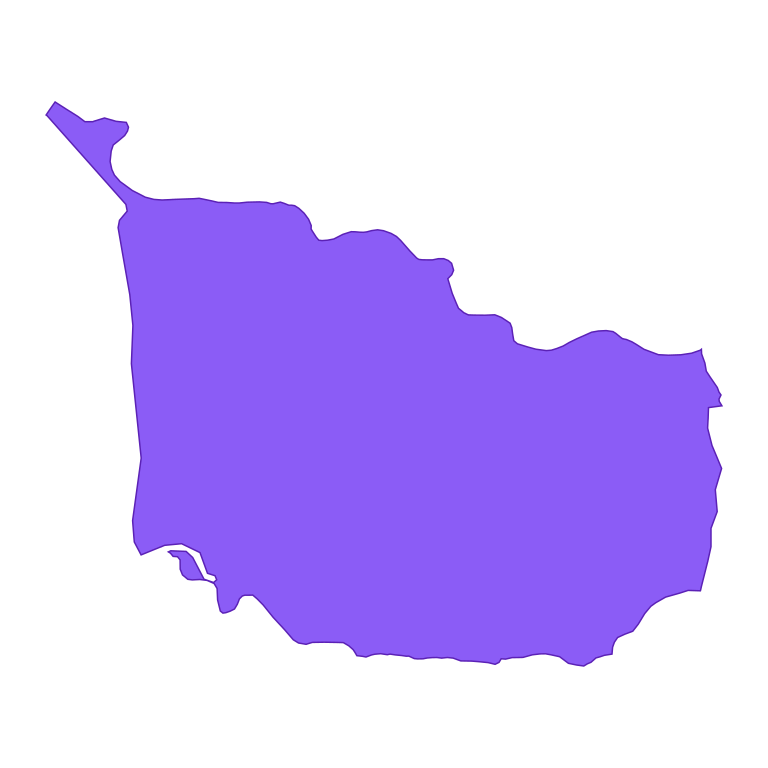 the district of Jablah, Lattakia, Syria
{"feature_id": "27442178B5090378365720", "entity_name": "Jablah", "entity_type": "district", "adm_level": 2, "iso_a3": "SYR", "parent_name": "Syria", "parent_adm1": "Lattakia", "projection": "robinson", "projection_center": [36.065, 35.345], "detail": "fine", "context": "isolated", "style": "filled", "palette": "violet", "viewbox_px": 768, "rotation_deg": 0, "n_neighbors": 0, "source": "geoboundaries", "source_scale": "gbopen_adm2", "svg_char_len": 3648}
<svg xmlns="http://www.w3.org/2000/svg" viewBox="0 0 768 768"><path d="M701.4,349.3L700.3,350.2L691.6,353.2L680.7,354.8L668.4,355.2L658.4,354.7L644.0,349.3L636.3,344.4L631.9,341.8L626.4,339.5L624.4,339.1L622.4,338.6L620.1,336.9L615.7,333.3L613.6,332.0L613.0,331.6L606.2,330.6L598.4,331.0L591.6,332.2L577.0,338.7L569.2,342.5L563.2,346.0L556.8,348.5L551.3,350.2L546.3,350.6L535.9,349.2L527.8,347.0L522.6,345.4L517.4,343.8L513.8,340.7L513.0,336.1L512.6,333.7L511.8,327.6L510.1,323.2L501.5,317.5L498.4,316.2L494.8,314.8L485.2,315.2L474.3,315.1L468.4,314.9L466.6,314.1L465.3,313.4L463.9,312.8L461.7,310.9L458.5,308.3L456.1,302.8L452.2,293.3L447.8,278.7L451.8,274.6L453.6,270.2L451.6,263.3L448.3,260.5L443.8,258.7L438.4,258.7L432.4,259.9L428.3,259.9L422.4,259.8L418.8,259.4L416.6,258.0L409.9,251.0L400.6,240.4L396.5,236.5L391.1,233.4L383.5,230.7L377.6,229.8L371.7,230.6L366.7,231.9L363.5,232.3L359.8,232.2L355.3,231.8L351.2,231.7L343.0,234.3L333.8,239.0L327.5,240.2L322.0,240.6L318.8,240.2L316.2,237.1L312.4,231.2L311.1,229.0L311.2,225.5L308.6,219.3L304.1,213.2L298.8,208.3L294.7,205.7L291.6,205.2L288.8,205.2L284.3,203.4L280.3,202.1L273.0,203.8L270.7,203.7L266.7,202.4L259.4,201.9L247.1,202.2L239.4,203.0L234.4,203.0L226.7,202.5L218.1,202.4L212.2,201.0L203.6,199.2L199.1,198.3L194.1,198.7L174.6,199.4L172.9,199.5L172.2,199.5L171.2,199.6L169.0,199.7L162.1,200.0L153.9,199.4L145.3,197.2L132.3,190.5L120.8,182.1L120.2,181.7L114.4,175.1L111.8,169.4L110.1,161.5L111.2,151.1L113.2,145.0L118.7,140.6L124.7,135.5L127.5,131.1L128.5,127.2L126.3,122.4L116.0,121.3L104.5,118.0L94.0,121.2L92.9,121.7L88.9,121.7L84.9,121.7L78.5,116.9L77.5,116.2L66.5,109.3L55.1,102.0L53.1,104.8L49.6,109.8L46.1,115.0L47.1,115.7L125.9,204.4L127.2,211.1L119.5,220.3L118.1,227.6L122.5,253.1L129.8,294.7L132.9,325.5L131.4,363.7L141.2,458.1L132.6,520.6L134.0,538.5L134.3,542.0L141.1,554.9L154.8,549.3L164.7,545.3L181.6,543.7L200.0,552.6L207.5,573.3L215.0,575.7L216.7,579.8L213.6,582.5L204.0,579.2L192.7,557.5L186.1,551.4L170.7,550.8L168.4,551.9L170.5,553.2L173.1,556.4L177.5,556.7L180.1,559.9L180.2,568.3L180.2,569.2L182.5,574.9L187.8,579.3L192.2,579.9L199.8,579.5L207.1,580.4L214.1,583.5L217.1,588.5L217.6,600.0L220.3,611.0L222.9,613.1L225.8,612.7L230.1,611.2L234.5,609.0L237.3,604.3L238.5,601.3L239.4,598.9L242.3,596.0L244.8,595.2L248.1,595.2L252.8,595.1L257.3,599.0L263.2,605.0L273.2,617.4L284.6,629.7L293.3,639.8L298.5,643.0L306.1,644.3L312.3,642.4L324.3,642.2L336.0,642.4L343.3,642.6L348.8,645.8L353.2,649.7L354.9,652.3L356.9,655.7L359.0,655.9L362.4,656.3L366.0,657.0L371.7,654.9L374.9,654.2L380.7,653.7L387.3,654.7L390.0,654.1L395.3,654.9L401.5,655.5L406.3,656.2L408.8,656.1L414.3,658.6L417.6,658.9L423.1,658.8L427.1,658.0L432.2,657.6L436.9,657.5L441.6,658.1L447.3,657.5L453.1,658.1L460.8,660.9L471.7,661.1L479.0,661.7L488.1,662.6L495.1,664.3L499.0,662.4L501.2,658.8L505.6,659.1L512.1,657.6L519.0,657.5L523.0,657.4L532.4,654.8L540.1,653.9L545.5,653.8L551.0,654.8L559.6,656.7L568.4,663.3L576.5,665.0L583.8,666.0L587.4,663.8L591.0,662.3L596.0,657.9L600.0,656.8L604.4,655.3L612.0,654.1L612.6,647.2L614.4,642.2L617.6,637.5L624.8,634.2L632.8,631.2L638.3,624.1L644.7,613.6L650.8,606.3L655.8,602.7L665.6,597.1L680.1,593.0L688.1,590.4L700.4,590.8L700.6,590.1L701.4,586.5L707.3,563.1L707.7,561.6L711.0,546.7L711.0,528.3L717.2,511.6L715.3,489.7L719.8,474.5L721.2,469.8L721.6,468.5L717.5,458.6L715.2,453.1L713.9,450.0L712.0,445.5L707.6,428.1L707.8,424.0L708.0,420.3L708.1,418.9L708.5,407.6L721.9,405.8L719.3,401.5L719.0,399.1L721.0,395.0L719.0,392.1L717.3,387.5L711.0,378.3L710.1,377.0L706.3,371.2L704.9,363.1L701.6,353.9L701.4,349.3Z" fill="#8b5cf6" stroke="#5b21b6" stroke-width="1.5"/></svg>